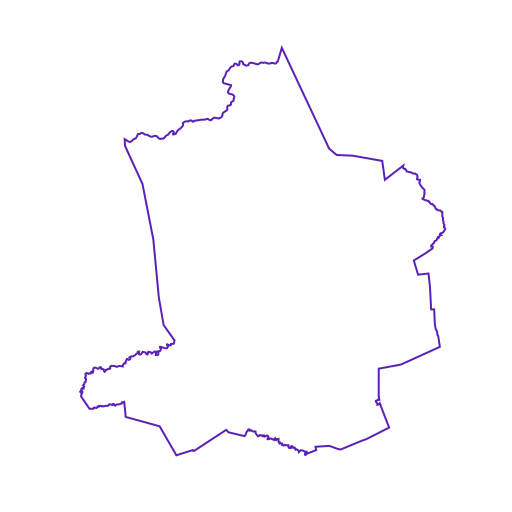 outline of Huajicori, Nayarit, Mexico, rotated 263°
{"feature_id": "50627088B78255939037142", "entity_name": "Huajicori", "entity_type": "district", "adm_level": 2, "iso_a3": "MEX", "parent_name": "Mexico", "parent_adm1": "Nayarit", "projection": "albers", "projection_center": [-105.24, 22.811], "detail": "fine", "context": "isolated", "style": "outline", "palette": "violet", "viewbox_px": 512, "rotation_deg": 263, "n_neighbors": 0, "source": "geoboundaries", "source_scale": "gbopen_adm2", "svg_char_len": 5975}
<svg xmlns="http://www.w3.org/2000/svg" viewBox="0 0 512 512"><g transform="rotate(263 256 256)"><path d="M388.0,139.9L381.3,139.4L341.3,152.1L285.0,156.1L226.8,154.5L198.7,155.9L182.1,164.9L179.0,163.7L179.0,160.9L177.7,160.4L177.7,159.9L179.1,157.0L178.2,156.8L176.7,157.6L175.3,156.4L175.5,154.6L177.4,150.5L177.4,149.6L176.7,149.5L175.8,150.4L174.3,150.0L173.3,149.0L173.4,146.5L173.1,146.4L172.6,147.3L172.2,147.4L170.2,147.0L169.6,146.1L169.9,144.6L172.6,145.1L173.6,144.0L171.9,140.6L173.3,139.7L174.0,137.5L173.3,137.0L171.8,136.6L171.5,136.1L171.8,135.4L173.7,134.6L174.7,131.8L172.6,130.1L172.2,128.9L172.9,127.9L173.9,127.9L175.4,128.4L175.6,127.6L175.3,127.0L174.0,126.7L173.5,125.3L172.5,124.2L171.3,121.5L171.6,119.9L170.9,118.1L169.8,118.9L168.9,118.5L168.4,117.0L169.4,116.0L169.5,115.3L167.0,113.8L165.5,113.5L165.3,113.3L165.6,112.4L165.5,111.9L163.4,110.2L162.7,110.3L163.6,106.6L163.0,104.9L163.0,104.0L164.1,102.3L164.6,99.0L164.0,97.8L162.5,97.7L161.8,97.1L161.7,96.6L162.1,95.7L161.5,94.7L161.3,93.1L159.9,92.3L159.5,91.6L160.3,91.1L161.9,91.0L162.8,89.7L162.6,88.8L164.6,88.3L164.6,87.4L163.4,86.0L163.3,85.3L164.7,83.2L164.9,81.9L164.6,81.3L163.5,80.6L161.6,80.5L160.0,79.6L160.3,78.8L160.7,78.5L161.2,78.7L161.2,78.4L160.7,77.9L159.8,77.7L159.4,77.1L159.8,76.2L159.4,75.4L160.5,73.7L159.8,72.3L157.9,72.6L155.9,71.4L155.1,72.2L153.7,72.2L152.8,71.6L151.9,71.6L151.3,70.3L149.9,70.1L148.6,68.6L147.1,69.5L146.3,68.9L145.5,68.7L146.1,67.6L145.4,66.6L143.6,66.8L143.5,66.5L143.9,65.9L142.7,64.9L142.1,65.5L142.5,66.8L142.3,67.1L141.2,66.8L140.1,65.8L138.6,65.6L138.0,65.2L124.7,72.1L124.2,76.1L125.2,76.5L125.2,77.3L124.6,79.0L125.0,79.9L125.9,80.4L125.5,81.2L125.6,81.6L126.2,81.6L126.4,81.9L126.1,83.8L125.5,84.6L125.8,85.3L125.3,86.3L125.7,88.4L125.3,90.2L125.8,91.6L126.5,91.9L126.7,92.9L125.6,95.1L125.8,95.7L126.5,96.0L126.5,96.6L125.5,97.4L124.8,97.5L124.6,98.0L125.6,99.7L125.5,102.7L126.1,104.8L127.1,105.1L126.8,106.1L127.3,107.4L112.1,107.1L98.7,139.6L67.9,152.7L71.1,169.7L69.5,170.2L69.8,170.2L87.1,205.3L84.4,207.2L78.7,222.5L79.1,223.4L83.1,225.6L83.6,226.5L84.8,227.3L84.5,228.6L83.4,228.6L83.6,230.0L82.3,231.2L81.9,234.1L80.1,234.1L78.4,234.9L76.8,236.1L76.8,236.8L77.6,237.4L77.7,238.8L76.1,240.9L76.4,241.8L76.7,241.4L77.1,241.4L76.9,242.2L75.7,242.8L76.5,244.6L76.4,245.3L75.9,246.0L74.8,246.4L73.8,245.4L72.8,245.2L72.6,246.2L73.1,248.5L71.2,251.3L72.2,251.7L72.8,252.8L70.9,253.3L70.8,253.6L71.8,254.4L71.7,256.1L69.2,255.7L68.6,255.9L68.2,256.9L67.1,256.4L66.9,256.6L66.7,259.0L66.3,259.2L65.3,258.9L64.5,260.2L64.6,260.8L65.1,261.3L64.5,262.7L64.3,265.0L63.2,264.8L61.3,265.6L61.2,267.6L61.5,268.0L62.2,267.3L62.7,267.3L62.9,268.0L62.6,268.9L61.1,269.8L61.3,270.5L61.0,271.1L59.5,271.4L58.8,271.9L59.2,272.7L58.8,273.4L57.8,274.3L56.1,274.7L57.5,276.2L57.8,277.0L56.9,279.3L56.1,280.2L55.6,282.4L54.8,282.5L54.3,281.0L53.9,280.5L52.8,280.4L52.5,281.0L53.5,282.2L56.0,292.1L59.4,291.8L58.6,305.7L55.0,312.7L53.6,316.3L59.5,337.6L60.9,343.6L69.5,367.2L94.7,360.9L93.6,359.3L93.6,358.7L93.9,359.0L96.2,357.5L97.5,357.2L97.7,357.4L98.1,359.3L98.9,360.1L98.4,360.8L101.8,360.7L129.2,364.1L130.6,386.6L143.4,427.4L154.4,427.1L155.5,426.5L159.5,426.4L161.0,425.5L166.0,425.2L181.3,426.3L181.7,423.3L203.9,424.9L217.6,425.1L217.7,414.6L232.3,412.1L237.9,424.3L242.0,432.1L243.5,432.6L243.8,432.2L244.1,431.0L245.2,431.3L245.4,431.9L246.6,433.1L247.2,434.3L249.0,435.0L249.7,437.1L251.4,438.1L251.4,438.8L252.4,438.9L252.1,439.7L252.9,440.0L253.3,440.8L254.4,441.0L254.3,442.1L255.3,441.4L255.8,441.6L256.2,442.5L256.2,443.8L257.0,445.0L259.8,447.1L260.3,446.7L261.3,446.7L261.8,446.1L262.4,446.1L263.7,446.8L266.0,446.0L267.1,446.3L269.5,445.9L269.7,446.1L271.3,446.2L272.8,445.8L277.0,446.3L277.5,445.3L278.3,444.9L278.8,444.4L279.1,442.4L280.1,441.6L280.0,440.9L281.8,439.8L283.1,439.6L284.1,439.1L284.2,438.7L286.2,437.3L286.2,436.3L286.6,435.6L288.4,434.9L288.6,434.2L289.7,433.9L289.7,433.1L290.6,431.7L290.8,430.7L292.5,428.2L292.9,428.3L293.2,429.2L294.5,430.0L295.7,430.2L297.5,431.0L297.9,430.7L300.7,431.3L301.4,431.2L303.9,429.1L308.0,427.1L309.1,427.1L310.8,428.1L311.6,428.1L312.1,425.8L312.6,425.1L313.1,425.1L314.3,425.9L316.8,425.8L318.5,423.8L318.6,422.3L319.1,421.2L319.8,420.7L321.6,415.8L322.8,415.6L323.7,414.7L324.3,414.8L324.5,413.7L325.3,412.8L326.5,412.7L327.8,413.2L315.9,393.2L335.0,392.9L343.9,363.7L346.4,348.4L353.6,341.7L459.5,307.0L446.5,301.4L446.0,300.4L445.2,299.9L444.7,299.3L444.9,297.3L445.5,296.4L445.8,294.8L445.3,293.2L445.6,291.1L446.8,289.0L447.0,288.1L446.8,287.1L447.4,284.9L446.9,283.2L446.1,281.8L446.1,280.6L448.1,275.9L448.5,274.2L447.9,272.6L446.3,271.6L446.1,270.0L446.7,268.5L448.0,266.7L449.4,266.7L450.5,266.0L451.1,264.9L451.1,263.6L450.1,263.0L448.2,262.9L447.6,262.4L447.5,261.0L448.4,260.6L449.3,259.6L449.4,258.0L447.3,256.8L447.0,254.8L446.3,253.7L443.6,251.4L442.8,249.6L442.1,249.0L438.4,247.3L435.5,244.9L432.6,244.3L431.5,244.9L428.6,252.1L427.6,251.8L423.5,248.7L422.5,248.2L421.4,248.2L420.4,249.1L419.3,252.1L418.0,253.5L416.7,253.9L415.5,253.5L414.7,252.9L413.2,252.8L412.8,252.5L411.9,250.5L411.3,249.9L409.7,249.7L408.9,249.1L408.5,246.2L407.1,245.5L405.0,245.4L404.3,245.1L402.2,240.8L400.9,240.0L399.3,239.7L397.8,238.3L397.0,235.8L398.1,232.6L398.4,231.2L397.3,229.1L396.6,228.6L396.3,227.0L398.1,224.7L397.6,222.0L397.9,219.0L397.7,211.1L396.9,210.3L397.2,209.4L398.3,208.6L398.6,207.0L397.8,205.2L398.1,204.8L398.1,201.8L396.9,199.6L394.6,199.6L393.9,199.0L392.2,197.0L390.0,193.4L387.0,191.2L386.7,188.7L387.5,188.6L388.8,189.5L389.3,189.5L390.3,188.6L390.2,187.4L389.0,185.3L387.1,183.5L386.6,181.8L384.3,179.2L383.7,178.0L384.1,176.0L383.8,175.1L384.7,173.8L386.7,172.4L387.5,171.3L387.6,169.8L387.0,167.4L387.6,165.3L389.6,163.0L390.0,160.7L391.6,158.8L392.2,157.3L391.7,156.1L391.2,155.5L391.4,153.7L388.1,151.7L386.9,149.7L386.7,148.4L385.4,146.9L384.8,145.8L384.6,144.6L384.9,143.7L388.0,139.9Z" fill="none" stroke="#5b21b6" stroke-width="2"/></g></svg>